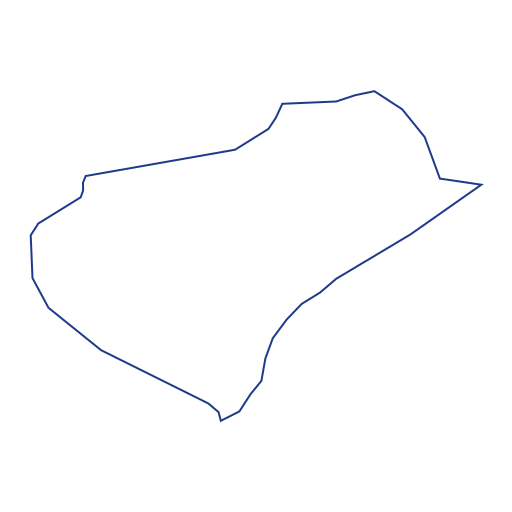 SVG path tracing the border of Yardımlı
{"feature_id": "AZE-1720", "entity_name": "Yardımlı", "entity_type": "District", "adm_level": 1, "iso_a3": "AZE", "parent_name": "Azerbaijan", "parent_adm1": "", "projection": "orthographic", "projection_center": [48.256, 38.872], "detail": "fine", "context": "isolated", "style": "outline", "palette": "blue", "viewbox_px": 512, "rotation_deg": 0, "n_neighbors": 0, "source": "natural_earth", "source_scale": "10m", "svg_char_len": 561}
<svg xmlns="http://www.w3.org/2000/svg" viewBox="0 0 512 512"><path d="M220.8,420.8L218.6,412.2L208.4,403.5L101.1,350.2L48.5,307.8L32.5,278.1L30.7,235.3L38.3,223.5L80.7,197.3L83.1,190.6L83.0,182.7L85.7,176.0L235.1,149.7L268.3,129.0L268.4,128.8L268.6,128.7L275.9,117.7L282.1,104.3L282.2,103.8L336.2,101.5L355.2,95.2L374.4,91.2L402.2,109.3L424.7,137.1L439.9,178.6L481.3,184.7L410.5,234.4L336.3,278.7L320.0,292.6L301.8,303.8L286.7,319.5L272.8,338.2L265.4,358.4L261.4,380.9L250.5,394.2L239.4,411.4L220.8,420.8Z" fill="none" stroke="#1e3a8a" stroke-width="2"/></svg>